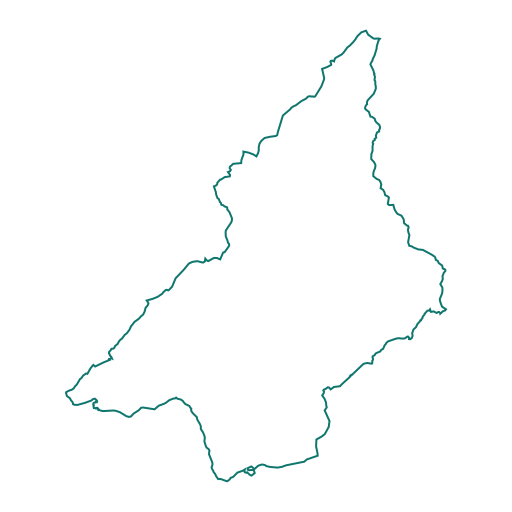 Catina, Buzau, Romania (Albers equal-area conic projection)
{"feature_id": "2599482B39348236200125", "entity_name": "Catina", "entity_type": "district", "adm_level": 2, "iso_a3": "ROU", "parent_name": "Romania", "parent_adm1": "Buzau", "projection": "albers", "projection_center": [26.245, 45.307], "detail": "fine", "context": "isolated", "style": "outline", "palette": "teal", "viewbox_px": 512, "rotation_deg": 0, "n_neighbors": 0, "source": "geoboundaries", "source_scale": "gbopen_adm2", "svg_char_len": 6023}
<svg xmlns="http://www.w3.org/2000/svg" viewBox="0 0 512 512"><path d="M446.0,309.3L442.0,306.6L440.3,302.0L439.8,299.7L439.9,298.8L442.2,293.2L442.5,289.4L442.3,287.4L440.3,284.1L442.1,281.0L442.8,279.0L442.5,276.2L443.8,272.8L445.4,270.9L445.3,269.8L444.7,269.2L442.9,268.6L442.1,265.5L438.8,263.1L437.7,260.8L435.8,259.9L435.3,257.7L434.7,256.7L432.1,254.9L422.9,249.9L418.2,249.4L413.3,247.4L411.9,246.4L409.3,245.8L408.1,242.2L409.4,235.0L408.4,232.5L407.9,229.4L408.5,228.2L408.5,226.6L408.0,225.8L407.2,225.7L404.1,223.2L403.8,221.9L404.0,220.9L403.6,219.2L401.5,215.7L397.6,213.9L396.8,213.1L394.6,209.6L393.3,204.9L389.8,205.1L388.6,204.8L387.8,203.9L388.9,197.4L387.3,196.1L385.2,195.2L384.4,192.1L383.1,189.8L380.6,188.2L381.3,184.5L380.3,181.6L379.1,179.9L376.8,179.0L373.3,176.2L373.3,173.1L374.0,170.6L375.0,168.4L375.5,165.6L375.3,164.6L374.1,162.2L371.2,159.0L371.4,154.0L372.5,151.2L372.6,145.7L373.2,143.8L372.8,143.4L372.7,142.3L373.1,141.2L374.8,139.9L374.6,139.0L376.2,137.7L375.9,135.4L377.1,132.4L379.1,131.5L379.1,129.8L379.9,128.8L380.0,126.9L379.3,124.9L376.3,122.3L375.2,120.7L374.7,118.7L372.0,116.8L370.4,116.6L368.9,111.9L365.5,109.3L365.0,107.9L365.8,105.6L367.1,104.2L366.9,102.3L367.6,100.4L373.8,93.7L375.8,88.8L375.8,86.6L375.3,84.2L375.3,81.3L374.5,80.0L374.9,77.4L374.9,76.5L374.1,74.5L374.1,74.1L374.5,73.8L373.9,72.7L373.5,70.6L370.4,64.4L370.9,63.1L372.5,60.5L372.6,59.3L374.6,55.3L376.6,48.7L376.8,46.2L378.5,40.6L379.8,38.8L378.3,38.5L374.2,38.7L373.0,38.2L368.2,34.7L366.0,30.7L361.4,32.3L359.6,34.0L357.2,36.4L355.4,39.4L353.4,41.9L349.9,45.5L347.4,47.4L343.7,52.4L341.8,54.4L335.5,57.9L334.5,59.5L334.1,61.4L332.0,60.6L330.9,60.9L330.4,61.6L331.1,63.7L331.2,64.9L327.0,67.1L322.1,68.9L324.2,78.1L323.8,80.1L321.4,86.3L315.2,96.4L313.8,96.8L312.9,96.4L311.6,96.6L310.2,96.2L308.0,96.6L305.8,98.8L301.5,101.0L295.7,105.4L293.8,106.1L291.2,107.9L290.3,109.2L282.9,115.5L277.9,131.9L277.2,135.1L275.8,136.0L269.8,136.8L264.6,138.0L261.4,140.8L259.5,143.7L258.7,147.3L258.8,150.1L258.1,153.1L256.4,156.4L253.7,154.6L248.8,152.7L243.4,151.6L243.5,154.3L241.4,160.1L241.2,163.1L233.2,163.8L229.8,166.9L229.7,168.3L230.8,169.8L230.2,171.1L228.0,172.1L230.1,175.0L229.8,176.4L224.7,177.1L221.1,179.5L220.1,179.6L217.4,182.7L217.1,184.3L216.2,185.4L213.9,186.4L215.9,192.3L216.1,194.2L217.3,197.8L218.9,199.2L219.9,202.0L220.9,202.9L221.4,204.8L223.1,205.2L224.7,206.5L226.9,207.2L227.2,207.8L227.3,209.5L229.5,212.2L232.0,218.4L231.8,221.0L230.9,222.9L225.8,230.5L225.6,232.9L225.8,236.5L227.3,240.1L228.1,242.9L229.1,244.0L229.2,245.3L228.7,246.5L224.6,252.2L223.1,252.5L220.2,259.4L216.9,258.0L214.0,257.9L208.2,261.1L207.0,260.6L205.3,258.6L204.8,261.5L202.9,262.6L197.5,261.2L196.0,261.3L192.3,261.9L188.8,263.6L183.8,269.7L175.6,278.3L172.1,286.7L169.0,289.9L168.2,290.4L167.1,289.9L165.9,289.9L163.2,292.3L162.4,293.6L157.7,296.8L152.8,298.8L146.7,300.5L148.2,302.6L148.4,303.5L147.5,305.7L145.6,307.8L144.6,311.6L143.1,314.6L141.1,316.2L138.9,318.7L134.6,321.8L130.9,326.5L129.5,329.7L126.8,333.3L124.7,334.9L121.9,338.7L120.3,339.8L118.7,341.8L117.8,343.8L114.9,346.2L114.5,347.6L113.4,348.6L111.5,348.8L111.0,349.8L109.1,352.0L109.0,353.5L109.7,354.4L109.9,355.4L111.3,356.9L112.0,358.6L111.0,358.2L109.8,359.1L109.0,359.0L108.8,359.4L109.5,360.0L103.6,362.4L95.2,366.5L93.3,364.9L90.7,368.0L87.4,373.8L86.1,373.5L83.2,375.5L81.4,378.1L80.0,379.1L76.9,384.4L74.9,386.5L73.7,388.4L71.7,389.8L69.8,390.3L66.2,392.1L66.0,392.8L66.9,396.0L69.9,398.2L71.1,400.5L72.2,401.7L72.9,403.0L73.0,404.1L74.4,404.8L77.6,404.9L84.8,402.9L91.4,400.5L93.1,399.0L94.9,398.7L96.4,400.0L97.0,401.0L96.6,401.2L96.9,401.8L96.8,402.2L95.6,402.0L95.4,402.5L94.2,402.6L93.5,403.1L93.2,404.7L93.9,405.2L93.5,406.7L93.9,408.1L95.1,407.9L96.0,408.6L96.8,407.8L97.3,407.8L98.3,408.7L98.1,409.8L98.4,410.1L99.0,409.8L100.4,410.5L103.1,411.1L113.4,410.5L115.7,410.8L119.9,412.2L126.4,416.2L128.9,416.9L130.9,416.5L133.7,413.5L138.6,410.4L141.1,407.8L143.0,407.5L154.6,409.3L158.9,405.6L163.8,403.9L165.8,402.9L169.1,400.3L172.8,398.7L175.1,398.4L176.1,397.6L177.4,398.7L181.0,399.6L183.0,401.1L183.4,401.9L185.4,404.1L189.4,406.0L190.2,407.5L191.3,408.7L191.1,409.9L191.5,411.4L193.1,413.5L196.8,417.1L197.2,419.4L200.0,424.2L200.9,426.5L200.8,429.0L203.0,432.3L204.5,436.1L204.8,437.4L204.4,441.5L205.7,445.7L206.5,447.5L208.7,449.2L209.4,450.4L209.0,454.2L212.4,462.7L212.4,465.1L211.6,467.1L211.7,467.7L212.2,469.2L213.4,471.1L213.5,471.9L215.2,474.0L216.1,476.1L218.2,479.1L220.4,478.9L227.0,481.3L228.7,480.3L230.0,479.0L230.6,477.9L233.2,476.9L237.4,472.6L242.9,470.7L244.8,469.5L244.4,471.2L244.8,472.2L246.5,472.8L247.1,472.3L249.9,474.9L251.5,475.6L254.7,473.1L253.7,469.9L248.7,470.2L247.7,469.7L247.5,468.3L250.7,466.7L251.5,466.5L253.8,468.6L254.9,468.7L258.2,465.7L262.0,464.5L264.8,465.0L266.4,466.1L269.9,466.9L277.4,467.6L281.7,466.9L286.2,465.3L304.2,461.7L306.9,459.4L317.7,455.7L317.4,452.7L316.1,446.4L316.4,439.5L321.9,436.4L324.8,434.1L328.7,427.0L329.5,421.1L324.7,410.4L326.7,407.4L326.1,404.6L326.1,402.7L324.5,398.7L322.2,395.4L323.6,393.5L324.0,391.6L323.3,390.4L323.9,389.6L325.7,388.9L327.7,387.3L329.0,387.5L330.7,389.4L333.9,387.0L340.0,386.2L342.4,383.7L350.1,376.7L349.9,376.3L350.4,375.5L351.2,374.9L351.6,375.2L363.0,364.3L363.9,363.7L367.2,363.0L371.8,363.7L372.2,363.4L372.3,360.7L372.9,359.9L373.0,358.5L372.5,357.4L372.7,356.3L374.7,355.1L375.1,354.2L376.2,353.1L380.2,351.5L381.3,349.8L383.1,348.9L384.7,345.2L385.6,344.3L386.3,342.9L388.0,341.4L396.4,338.5L399.1,338.2L402.0,338.6L404.9,338.4L407.3,336.6L407.9,336.5L409.1,337.6L409.0,339.1L410.3,339.2L411.7,338.1L412.2,337.0L412.6,335.8L412.2,333.3L413.4,329.6L416.1,327.0L417.5,323.9L419.7,321.6L420.3,320.4L421.0,320.4L421.4,319.3L422.4,318.3L422.5,317.1L424.6,314.3L424.6,313.8L427.4,310.7L429.1,310.5L430.0,309.3L430.4,310.5L430.2,311.1L430.9,311.9L433.6,311.4L436.7,313.0L438.1,312.1L439.1,312.0L440.2,313.0L440.3,313.7L443.0,311.2L445.2,310.4L446.0,309.3Z" fill="none" stroke="#0f766e" stroke-width="2"/></svg>